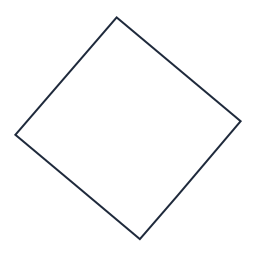 the district of Ellis, Kansas, United States of America, rotated 40°
{"feature_id": "52423323B59863031323123", "entity_name": "Ellis", "entity_type": "district", "adm_level": 2, "iso_a3": "USA", "parent_name": "United States of America", "parent_adm1": "Kansas", "projection": "robinson", "projection_center": [-99.256, 38.915], "detail": "fine", "context": "isolated", "style": "outline", "palette": "slate", "viewbox_px": 256, "rotation_deg": 40, "n_neighbors": 0, "source": "geoboundaries", "source_scale": "gbopen_adm2", "svg_char_len": 279}
<svg xmlns="http://www.w3.org/2000/svg" viewBox="0 0 256 256"><g transform="rotate(40 128 128)"><path d="M208.5,205.5L209.4,148.9L209.9,50.4L206.9,50.4L48.2,50.6L46.1,205.6L50.0,205.6L127.3,205.5L146.8,205.5L208.5,205.5Z" fill="none" stroke="#1e293b" stroke-width="2"/></g></svg>